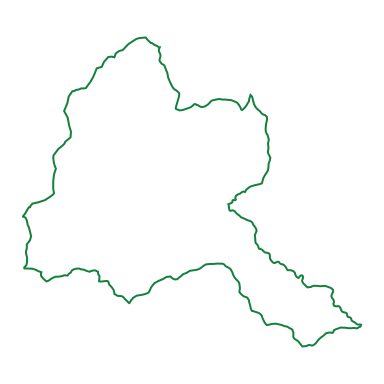 Doban, Geylegphug, Bhutan (Robinson projection)
{"feature_id": "84629894B43838221922230", "entity_name": "Doban", "entity_type": "district", "adm_level": 2, "iso_a3": "BTN", "parent_name": "Bhutan", "parent_adm1": "Geylegphug", "projection": "robinson", "projection_center": [90.384, 27.056], "detail": "fine", "context": "isolated", "style": "outline", "palette": "green", "viewbox_px": 384, "rotation_deg": 0, "n_neighbors": 0, "source": "geoboundaries", "source_scale": "gbopen_adm2", "svg_char_len": 5963}
<svg xmlns="http://www.w3.org/2000/svg" viewBox="0 0 384 384"><path d="M302.4,346.5L306.7,346.0L307.8,345.3L309.1,345.0L309.7,345.0L312.2,345.6L313.4,345.1L314.5,344.4L315.9,343.2L317.9,340.5L319.2,339.0L321.2,337.3L323.3,335.8L326.3,333.1L329.0,332.6L331.4,332.6L332.2,332.9L332.7,332.8L333.5,331.7L333.8,330.4L335.7,329.3L337.5,328.6L338.5,328.5L339.3,328.0L340.3,327.6L344.7,327.7L348.6,328.2L351.8,328.2L353.3,327.9L356.8,328.3L357.4,328.2L358.6,327.4L359.8,326.8L360.4,326.7L360.7,326.0L360.8,325.2L361.0,324.8L360.3,324.5L357.7,324.6L356.3,323.8L354.8,322.4L353.0,321.5L351.7,320.6L351.3,319.5L351.3,318.8L350.6,317.9L349.8,317.3L348.6,317.1L347.6,316.6L347.2,315.6L347.1,314.1L346.8,313.5L345.5,312.6L343.2,312.2L342.1,311.6L341.4,310.6L340.3,307.8L339.4,306.5L338.2,306.1L336.4,306.4L334.4,306.0L333.9,305.5L333.6,304.9L333.4,303.6L333.9,302.5L334.0,301.3L333.3,299.5L332.3,298.3L331.8,297.4L331.4,296.3L331.5,295.5L331.8,294.5L333.1,291.8L333.1,290.1L332.8,289.6L331.0,288.0L325.6,286.0L320.0,286.2L316.5,285.8L313.7,285.8L312.1,286.3L311.1,286.9L307.7,287.4L307.3,287.2L306.2,286.4L305.6,285.5L303.8,283.9L302.4,281.9L302.1,280.9L302.1,280.3L303.0,278.0L303.1,277.5L303.0,276.7L302.5,275.7L301.8,275.3L300.9,275.5L299.7,276.4L298.7,277.8L298.0,277.9L296.9,277.1L295.8,275.6L295.2,274.2L295.0,272.9L294.5,272.3L293.6,271.4L291.0,270.2L287.7,270.2L286.8,269.1L285.9,267.2L283.7,264.8L282.8,264.4L281.9,264.3L280.3,263.7L279.8,263.2L278.9,262.0L278.0,261.7L277.3,261.8L276.5,262.1L275.3,262.9L274.1,263.0L273.3,262.7L272.3,261.8L271.2,260.6L270.1,258.7L269.9,257.5L269.8,254.8L269.3,253.7L268.2,253.0L265.8,252.6L264.5,252.2L262.1,249.7L261.0,249.2L259.6,248.9L258.9,248.6L258.1,246.0L257.7,245.3L256.9,244.2L255.8,243.1L255.5,242.2L255.3,240.4L255.2,238.2L254.8,235.8L255.1,234.5L256.5,231.1L256.5,230.5L256.4,229.5L255.2,227.2L253.2,224.7L252.5,222.9L251.8,222.1L250.4,221.1L247.0,220.0L244.3,218.6L241.1,217.3L239.5,215.7L236.6,213.5L234.6,211.1L233.0,210.4L232.5,210.3L230.6,210.8L230.0,210.7L229.4,210.0L229.0,207.7L228.9,206.2L228.3,204.2L231.1,203.1L232.2,202.4L232.4,202.0L232.5,200.4L233.0,200.1L234.7,200.2L235.4,200.1L235.8,199.3L235.3,198.5L235.5,196.9L236.1,195.7L238.4,194.2L240.1,193.6L241.6,192.3L243.0,191.6L243.7,191.6L245.0,192.0L246.3,189.7L249.7,186.9L250.9,186.4L255.2,185.1L258.6,184.4L261.1,183.7L261.9,183.2L263.4,178.0L265.1,174.9L267.1,172.0L267.9,170.3L268.4,167.9L268.6,163.8L270.1,159.6L270.3,157.6L268.6,154.2L267.8,152.3L268.5,148.1L268.0,143.4L268.5,141.5L268.8,139.2L267.6,135.2L266.3,133.1L265.8,131.3L265.6,129.0L265.8,126.6L266.1,123.7L266.8,121.0L267.1,119.1L266.8,116.7L265.1,115.2L263.1,114.5L261.6,113.4L260.0,111.3L256.9,108.7L255.2,106.5L254.0,104.0L253.5,102.3L252.1,96.6L250.5,95.0L249.3,98.8L248.9,101.3L246.2,105.8L244.9,107.5L242.3,110.0L241.5,109.8L241.0,109.0L240.3,107.2L239.0,105.0L238.1,103.8L236.6,102.3L231.4,100.2L224.8,99.5L223.0,99.6L219.2,99.0L215.8,99.6L212.4,100.4L211.2,101.0L208.4,104.1L206.2,105.7L204.4,106.6L201.5,107.1L200.0,106.5L197.4,104.9L196.3,104.7L195.3,104.1L194.5,104.1L193.9,104.5L192.8,105.6L190.9,107.1L188.4,108.1L182.4,110.1L179.7,110.4L176.1,109.0L175.7,108.3L176.0,106.8L178.9,96.8L179.3,94.1L179.2,93.4L178.3,92.1L176.1,90.3L174.0,89.0L172.3,86.7L169.8,81.5L168.1,77.4L167.6,74.3L167.2,72.5L166.3,70.6L164.5,65.7L163.6,64.8L161.8,63.9L159.9,61.5L159.5,60.6L159.7,58.9L160.3,57.1L160.5,55.7L160.2,53.9L158.9,51.4L158.9,49.0L159.8,47.3L159.0,47.2L156.7,45.8L154.0,44.6L152.4,43.3L150.8,43.0L148.0,40.3L145.7,37.5L139.8,38.0L136.4,38.9L128.5,44.0L122.7,50.1L119.1,51.0L115.8,53.4L114.4,57.3L111.7,56.6L108.3,57.0L103.9,62.0L101.8,66.8L96.7,68.4L94.9,73.0L92.9,77.5L90.4,81.9L87.1,86.3L86.1,87.9L84.6,88.4L81.3,88.4L78.2,89.7L76.2,89.8L74.5,90.9L72.3,91.3L68.7,96.6L67.4,103.1L64.1,111.0L67.7,117.7L69.2,125.8L71.0,131.8L70.5,137.4L65.0,142.0L64.6,143.5L62.5,145.6L58.5,148.8L53.7,155.1L53.3,156.8L53.4,159.1L53.8,162.3L54.5,165.1L55.9,168.7L54.2,173.8L53.9,175.2L53.4,179.5L53.2,183.2L53.2,188.5L54.0,193.2L53.5,194.1L50.8,196.3L45.0,200.1L38.3,202.3L32.4,203.6L30.3,206.3L30.0,207.3L28.7,207.4L25.0,213.8L23.3,215.8L23.0,216.6L25.0,217.3L26.1,218.6L27.0,221.1L27.6,224.7L28.6,226.7L29.4,229.2L31.1,236.2L30.0,240.2L26.8,244.5L26.8,248.7L26.0,251.2L26.0,253.2L27.1,257.8L27.0,262.0L26.5,264.9L24.2,267.5L24.4,268.4L32.1,268.7L34.4,269.3L36.5,270.2L38.9,271.4L41.4,272.2L40.9,274.1L41.2,276.1L42.3,277.6L44.6,279.9L46.6,281.4L48.6,280.7L51.1,278.8L53.5,277.6L55.6,276.7L58.2,276.7L62.0,276.2L64.1,275.3L67.6,275.5L68.8,273.8L70.9,272.4L71.4,271.2L72.4,270.1L73.7,269.4L75.1,268.9L78.6,268.5L79.9,268.8L80.9,269.3L84.0,269.7L85.8,270.6L89.0,271.6L89.7,271.7L90.9,271.1L93.6,270.4L95.3,270.4L98.0,271.8L98.0,273.0L98.4,274.6L99.5,276.0L99.1,281.3L101.0,281.6L106.8,280.9L108.3,281.5L109.2,284.6L111.1,286.5L112.8,288.7L113.8,290.4L114.5,294.1L115.8,294.6L116.7,295.4L117.4,295.8L121.3,296.1L122.2,296.4L123.5,297.3L125.0,299.2L127.9,301.9L128.8,302.9L129.4,303.1L131.3,300.0L132.5,298.8L133.0,297.9L136.8,295.6L140.4,295.1L143.9,294.4L147.2,293.3L148.7,292.4L149.6,290.8L151.1,287.5L152.1,286.0L154.4,283.2L158.4,281.0L162.5,279.3L166.6,276.9L170.6,276.5L171.6,277.7L173.1,278.7L175.1,279.5L177.2,279.2L183.5,274.0L186.6,272.9L189.9,270.8L196.2,269.9L198.1,269.4L200.3,268.3L204.7,265.0L206.4,264.3L209.9,264.0L213.7,263.9L217.4,263.6L222.4,263.7L223.8,264.2L225.8,266.3L228.3,267.5L230.4,268.9L232.1,271.8L233.3,275.1L234.4,277.2L235.8,279.0L238.5,281.8L239.3,283.4L239.7,286.3L239.9,288.2L239.4,292.1L241.1,294.1L243.5,296.2L246.1,297.1L247.3,297.7L249.1,300.5L249.1,301.8L250.4,306.1L250.6,308.3L251.2,309.3L251.4,310.1L252.1,311.0L252.8,311.0L258.8,313.0L260.4,314.1L261.8,315.7L262.5,318.1L264.3,321.9L266.0,324.4L267.2,325.1L272.2,323.9L275.4,323.7L276.6,323.8L281.6,325.0L284.6,326.2L287.2,326.6L289.3,328.0L291.6,329.1L292.3,329.7L293.4,332.4L293.3,336.9L294.0,338.2L294.7,339.1L296.1,339.8L298.3,341.4L302.4,346.5Z" fill="none" stroke="#15803d" stroke-width="2"/></svg>